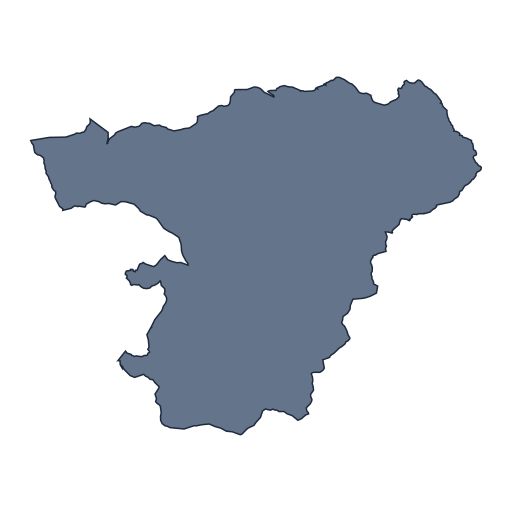 outline of Brosteni, Suceava, Romania
{"feature_id": "2599482B22592859602374", "entity_name": "Brosteni", "entity_type": "district", "adm_level": 2, "iso_a3": "ROU", "parent_name": "Romania", "parent_adm1": "Suceava", "projection": "natural_earth1", "projection_center": [25.615, 47.201], "detail": "fine", "context": "isolated", "style": "filled", "palette": "slate", "viewbox_px": 512, "rotation_deg": 0, "n_neighbors": 0, "source": "geoboundaries", "source_scale": "gbopen_adm2", "svg_char_len": 6002}
<svg xmlns="http://www.w3.org/2000/svg" viewBox="0 0 512 512"><path d="M308.6,413.9L308.3,412.7L306.7,410.7L306.3,407.8L310.4,403.6L311.8,400.6L311.9,399.3L310.7,396.7L310.6,394.3L313.5,390.3L313.2,386.7L312.2,383.7L312.8,380.8L312.5,377.3L311.3,373.7L312.1,372.8L313.7,372.3L319.9,372.3L322.7,370.5L324.3,368.2L322.8,359.8L329.5,357.4L330.5,355.5L334.2,353.0L339.1,348.2L342.0,346.4L345.0,343.9L346.0,341.7L347.8,341.0L349.8,338.8L349.8,337.9L347.4,333.5L347.6,332.9L346.4,329.8L344.5,326.1L342.9,324.7L341.6,322.5L342.6,320.2L343.0,316.5L347.5,313.3L350.0,309.3L350.3,305.5L352.9,299.2L362.2,298.4L365.9,297.7L370.5,296.1L376.4,293.1L377.7,286.1L373.6,283.9L373.5,281.8L371.8,278.2L372.0,276.8L371.2,275.0L371.2,273.1L372.2,271.3L372.3,267.4L371.5,264.6L370.7,263.2L370.6,261.1L371.8,258.6L372.9,257.5L372.7,256.2L373.0,255.9L374.3,255.1L375.6,255.1L377.8,253.6L386.0,251.4L385.5,248.5L386.5,245.8L385.8,245.0L385.6,241.5L386.6,239.6L387.1,236.5L385.3,232.0L387.9,232.0L392.1,233.1L392.5,232.5L392.0,231.4L393.2,229.6L399.0,224.5L400.3,219.9L400.6,220.0L401.4,218.7L406.6,219.3L409.4,220.7L409.9,220.3L409.4,219.5L409.7,219.2L410.3,219.2L412.1,217.4L411.9,217.2L412.4,216.8L411.8,216.3L411.9,215.3L413.2,214.2L417.2,214.5L418.4,213.7L424.1,213.7L429.9,212.1L433.4,209.0L434.7,208.6L436.6,206.5L436.2,205.8L436.8,205.0L450.0,202.2L452.8,200.8L454.2,199.2L457.8,196.8L459.4,193.8L459.5,191.9L460.1,191.1L461.8,190.6L464.7,185.9L467.9,184.2L470.7,181.7L471.6,180.1L473.5,179.0L476.0,175.6L475.9,173.8L477.3,172.0L479.7,170.8L481.0,169.5L481.3,167.3L480.3,166.3L478.7,165.7L476.8,163.2L475.7,162.4L473.2,157.7L473.6,156.2L476.3,154.8L476.5,153.7L475.6,150.9L473.6,149.7L472.8,143.8L471.6,142.4L471.5,140.5L466.7,138.2L462.9,137.1L462.0,135.5L459.6,135.3L459.9,133.9L458.9,132.7L456.1,131.3L453.9,131.2L454.1,129.5L452.9,127.6L452.5,125.6L451.2,124.6L450.5,122.6L448.9,120.5L448.6,118.6L447.7,117.1L446.9,112.3L447.0,110.4L443.0,106.6L441.9,103.5L441.4,102.9L440.7,103.0L441.3,102.0L441.0,101.0L436.1,94.4L433.9,93.0L430.7,89.5L428.6,88.5L426.5,86.7L425.1,86.3L421.4,81.6L420.1,80.6L418.4,80.0L417.7,80.3L414.3,83.2L410.4,82.9L408.5,82.1L406.5,80.4L404.4,81.4L404.0,82.4L404.5,84.1L402.7,85.6L401.4,88.4L398.6,88.2L397.8,89.8L398.5,92.3L398.2,94.0L399.1,95.1L398.8,97.1L396.3,99.4L390.6,101.8L388.4,104.0L384.2,105.2L374.7,102.4L372.9,101.1L371.4,97.8L370.9,95.3L366.5,93.2L363.2,93.6L360.6,93.1L359.0,92.2L355.5,87.4L352.2,84.2L349.3,83.1L344.5,79.7L339.2,77.3L336.2,77.4L333.1,80.4L331.3,80.3L327.8,82.4L326.3,82.7L326.0,83.9L324.8,83.9L325.5,85.1L323.8,84.5L323.1,85.4L317.4,87.3L316.6,87.7L317.5,88.9L315.7,88.5L314.7,90.4L312.1,91.0L304.1,91.4L303.4,90.9L301.2,90.7L300.5,91.2L300.1,90.4L292.5,87.1L288.3,86.8L284.3,85.6L279.8,86.7L278.7,87.8L277.0,88.4L275.9,90.4L270.2,90.5L267.9,91.3L268.9,92.4L273.3,95.2L274.1,96.3L273.7,97.0L263.9,92.1L261.5,89.5L259.5,88.1L256.7,87.2L254.1,87.0L247.3,89.5L235.1,89.6L234.6,90.1L234.4,92.4L230.6,96.7L230.3,101.0L229.6,103.6L228.2,105.4L224.2,106.3L221.5,105.5L218.5,106.0L212.4,111.2L211.0,111.4L207.8,113.6L200.4,115.3L197.4,116.6L197.7,118.0L197.2,122.1L195.9,123.7L189.4,128.0L184.0,128.6L180.6,129.7L173.9,130.9L167.4,128.9L166.4,127.5L161.7,126.4L159.5,125.1L154.0,125.7L149.6,123.3L147.1,123.3L145.1,122.7L142.0,123.2L139.3,126.2L135.1,127.2L131.3,126.4L117.7,131.8L115.7,133.0L114.4,135.1L109.8,138.5L108.4,140.6L107.7,143.1L107.0,143.4L108.2,138.0L108.1,132.4L90.0,118.9L90.3,121.7L89.9,123.7L86.8,126.7L85.8,129.7L83.6,132.3L82.1,132.3L80.1,133.3L76.3,133.1L74.7,134.2L65.8,137.1L49.3,137.4L30.7,140.5L32.1,143.5L33.3,144.8L34.7,152.3L37.4,154.7L40.3,155.4L43.5,157.8L44.1,160.6L43.9,163.2L44.8,165.0L45.2,168.6L46.2,171.3L46.0,173.2L48.6,177.0L49.1,179.4L50.1,180.9L50.7,182.9L51.6,184.4L52.0,187.5L53.6,190.0L55.6,191.6L55.7,194.0L55.0,196.1L55.2,197.8L59.6,206.4L62.8,208.8L62.7,210.4L71.1,208.3L74.8,205.8L77.9,206.6L79.3,206.2L84.7,207.1L85.4,206.7L86.2,204.2L90.6,201.7L93.9,200.5L99.1,201.7L101.4,203.1L104.7,203.8L109.0,203.5L115.6,205.0L121.0,201.6L125.3,201.7L134.2,204.2L139.0,208.8L140.3,211.1L146.7,214.9L148.8,215.1L155.9,218.0L157.4,219.3L163.8,228.3L169.0,231.6L172.2,233.0L178.8,237.4L181.1,244.2L181.5,250.5L182.1,253.0L183.2,255.9L185.9,260.8L187.7,263.0L188.0,265.1L180.7,262.5L176.7,262.7L171.6,261.3L167.8,259.8L164.8,255.6L160.8,259.3L156.3,265.0L153.6,266.6L145.7,264.1L143.1,262.4L141.9,263.4L140.1,263.8L139.4,264.6L137.0,270.3L135.4,270.3L135.2,271.7L133.3,271.2L133.3,270.2L132.7,269.4L130.5,269.4L130.7,270.4L126.4,271.0L125.4,272.9L125.4,274.6L126.5,274.9L127.2,276.7L126.4,278.0L129.4,281.0L130.6,283.5L130.5,284.5L131.7,285.3L133.7,284.5L137.6,285.0L138.9,284.7L141.2,286.9L143.7,288.3L147.1,288.6L150.0,287.9L151.7,286.1L155.1,285.0L158.4,282.9L160.1,280.9L160.6,281.5L161.3,285.4L164.5,288.5L164.9,290.1L164.8,291.9L164.2,294.0L166.0,296.4L166.7,298.7L166.5,300.7L165.7,302.9L163.2,306.6L162.4,309.4L161.4,311.3L154.8,319.6L151.2,327.0L151.6,327.6L150.7,327.9L146.9,334.7L148.3,339.7L148.9,345.5L148.9,347.5L147.8,349.3L149.4,351.4L149.5,352.3L148.0,353.2L147.3,355.1L146.4,355.4L144.0,355.5L142.7,356.4L140.9,356.6L136.2,355.9L134.5,356.4L131.7,355.2L131.2,354.4L127.0,353.1L125.5,351.1L118.2,360.3L118.8,360.1L119.0,360.9L120.3,361.1L120.0,363.0L120.5,363.9L120.2,364.6L121.7,365.8L120.9,365.9L122.4,368.5L122.7,367.3L124.1,369.4L130.1,375.5L134.6,377.4L143.8,374.3L145.7,376.3L147.9,377.1L150.2,379.4L152.8,379.6L155.2,382.9L158.9,386.5L159.1,387.6L155.0,394.1L156.5,398.6L155.6,401.6L156.8,403.1L159.6,405.1L160.4,406.5L161.2,412.9L160.5,416.5L160.7,420.5L162.2,423.6L165.0,425.8L167.2,426.2L169.9,427.6L184.1,429.0L194.1,425.7L195.9,425.9L202.0,424.7L209.2,424.0L214.9,426.5L220.7,428.1L226.4,431.2L232.4,431.8L240.2,434.7L241.9,434.1L247.7,428.3L254.0,425.3L255.9,422.5L260.5,417.4L262.6,410.9L265.5,409.0L270.3,410.2L272.9,409.1L274.7,410.0L276.8,410.2L279.2,411.6L284.1,411.5L286.9,413.7L292.2,415.6L297.9,420.3L301.6,418.6L305.6,415.0L308.6,413.9Z" fill="#64748b" stroke="#1e293b" stroke-width="1.5"/></svg>